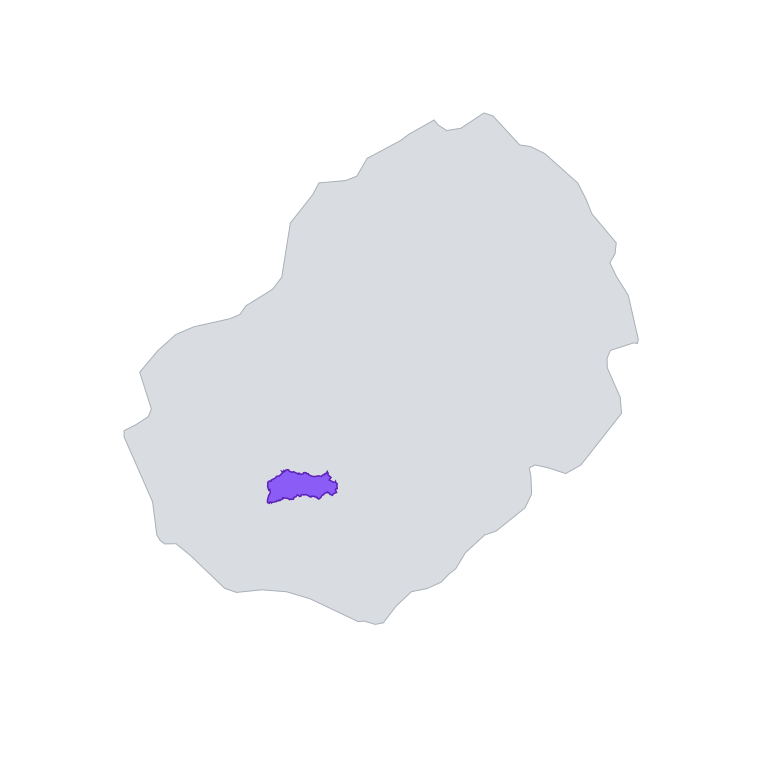 Karbintsi, Karbinci, North Macedonia shown in context, rotated 153°
{"feature_id": "65306769B40750666784819", "entity_name": "Karbintsi", "entity_type": "district", "adm_level": 2, "iso_a3": "MKD", "parent_name": "North Macedonia", "parent_adm1": "Karbinci", "projection": "albers", "projection_center": [22.294, 41.797], "detail": "fine", "context": "in_parent", "style": "filled", "palette": "violet", "viewbox_px": 768, "rotation_deg": 153, "n_neighbors": 0, "source": "geoboundaries", "source_scale": "gbopen_adm2", "svg_char_len": 2465}
<svg xmlns="http://www.w3.org/2000/svg" viewBox="0 0 768 768"><g transform="rotate(153 384 384)"><path d="M351.0,202.1L362.7,203.8L388.1,196.7L404.0,186.8L412.1,185.3L422.8,181.5L438.2,182.1L453.8,186.5L473.6,180.8L493.1,171.5L500.9,173.8L509.4,181.8L514.9,184.0L547.3,226.1L565.1,243.1L586.1,256.0L610.1,265.3L618.8,274.4L634.3,319.1L641.8,336.1L652.0,341.1L654.5,346.0L655.0,352.5L643.7,384.1L639.6,454.8L636.8,460.5L624.7,460.3L608.7,461.9L602.6,467.4L596.3,505.4L570.5,516.4L547.1,522.6L527.2,521.3L492.4,512.3L481.1,511.3L471.4,516.4L440.3,519.0L426.6,525.6L394.4,569.9L361.7,585.0L350.6,592.7L325.8,582.7L313.9,581.5L296.6,592.7L258.8,593.4L248.6,595.2L219.5,596.5L218.3,590.4L213.1,581.4L199.6,577.0L171.9,580.1L165.2,573.4L154.6,535.4L145.8,529.2L136.1,516.3L120.1,475.0L120.1,457.0L121.5,441.3L113.0,404.3L119.0,395.2L127.7,389.5L128.1,374.7L126.1,352.1L137.2,308.2L140.0,305.0L142.5,307.2L167.0,311.2L173.5,305.7L177.7,297.1L179.6,264.8L185.7,250.0L245.3,222.5L262.7,221.7L275.9,234.9L286.3,243.4L292.7,243.2L295.1,234.9L302.5,218.8L314.7,209.6L350.7,202.1L351.0,202.1Z" fill="#d9dde1" stroke="#a8b0b8" stroke-width="1"/><path d="M541.6,331.3L540.3,329.7L539.6,330.4L538.6,330.4L538.2,329.0L537.5,329.4L533.2,328.1L532.3,328.7L531.3,327.9L530.2,328.3L529.8,327.4L528.5,327.6L526.1,327.6L525.9,328.6L521.9,325.9L520.5,323.8L519.3,323.9L519.1,323.3L516.9,322.5L515.9,323.8L513.3,323.6L512.0,324.6L510.9,323.8L510.3,322.1L509.0,321.8L508.5,322.5L507.0,322.7L506.1,321.7L503.5,320.7L500.6,316.4L499.7,316.9L496.7,315.4L496.9,314.9L494.9,313.3L495.3,312.6L494.4,311.1L491.9,311.5L489.6,313.1L488.2,312.7L487.2,313.4L483.4,313.4L483.4,312.6L482.5,312.4L482.4,310.6L480.5,308.2L478.9,309.2L475.5,308.9L475.3,311.8L474.4,312.4L473.2,312.0L471.8,315.5L471.0,316.1L471.7,318.3L471.4,319.3L472.3,318.8L473.3,319.1L476.4,323.4L473.6,324.8L475.2,328.4L474.3,329.8L474.3,331.8L476.2,330.6L477.8,330.9L478.2,330.3L479.6,330.7L482.0,330.2L484.0,331.9L488.1,333.1L490.2,334.7L492.3,337.4L492.2,338.5L493.6,339.2L493.6,340.1L494.8,341.1L495.9,341.5L497.0,340.7L498.3,340.9L499.1,341.2L500.2,343.2L501.1,342.6L504.5,347.0L505.6,346.9L507.9,349.0L507.9,350.6L508.7,351.4L510.5,351.9L512.3,351.2L512.5,352.3L513.8,351.3L514.7,352.5L514.7,350.9L519.1,349.6L521.5,350.5L524.0,349.5L527.9,349.6L528.7,348.6L530.2,349.7L532.1,349.2L534.3,345.3L534.9,341.7L533.6,341.8L534.6,338.8L537.6,336.8L540.7,333.2L541.6,331.3Z" fill="#8b5cf6" stroke="#5b21b6" stroke-width="1.5"/></g></svg>